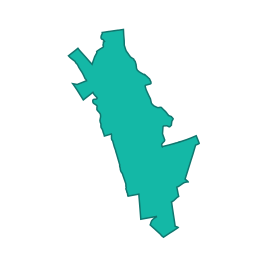 the district of Silistea, Constanta, Romania, rotated 109°
{"feature_id": "2599482B45895397072447", "entity_name": "Silistea", "entity_type": "district", "adm_level": 2, "iso_a3": "ROU", "parent_name": "Romania", "parent_adm1": "Constanta", "projection": "robinson", "projection_center": [28.219, 44.429], "detail": "fine", "context": "isolated", "style": "filled", "palette": "teal", "viewbox_px": 256, "rotation_deg": 109, "n_neighbors": 0, "source": "geoboundaries", "source_scale": "gbopen_adm2", "svg_char_len": 5321}
<svg xmlns="http://www.w3.org/2000/svg" viewBox="0 0 256 256"><g transform="rotate(109 128 128)"><path d="M212.4,75.5L213.0,74.1L217.9,62.7L218.7,61.5L218.9,61.2L219.7,58.9L213.7,54.3L210.5,51.7L206.0,48.3L205.7,48.2L205.7,48.5L205.5,49.7L205.6,51.4L201.7,53.4L198.1,55.3L189.5,59.8L184.0,62.6L183.9,62.8L182.9,62.0L181.9,61.2L178.9,59.6L177.5,58.9L176.7,58.2L176.2,57.8L173.6,59.4L169.9,61.5L168.1,62.6L167.9,62.6L167.4,61.9L167.3,61.7L167.1,61.6L167.0,61.4L166.4,60.9L162.7,58.2L161.7,57.4L161.1,56.7L160.2,55.4L159.4,53.6L159.1,53.8L157.7,57.4L150.4,57.6L143.2,57.8L136.7,58.0L135.6,58.0L131.4,58.1L127.1,58.3L122.2,58.5L120.3,56.4L119.6,55.8L119.3,55.7L117.4,57.3L115.3,59.1L113.9,60.3L113.3,60.8L113.1,61.0L114.3,62.3L117.0,65.3L119.6,68.4L119.7,68.5L122.3,71.9L124.4,74.6L124.2,74.6L124.7,75.4L124.9,75.4L126.1,77.0L126.4,77.5L127.3,78.7L127.2,78.7L127.5,79.1L130.5,83.4L132.5,86.5L134.2,89.1L134.7,89.4L134.5,89.7L132.8,90.7L132.4,90.8L132.0,90.8L130.7,90.3L128.7,89.4L128.2,89.3L127.3,89.4L126.7,90.0L126.1,90.4L123.6,92.4L122.5,93.3L122.2,93.5L119.6,94.2L115.6,95.3L114.8,95.2L114.4,94.9L113.3,92.2L113.2,91.8L113.3,90.8L113.4,90.5L113.5,89.9L113.4,89.3L113.3,89.0L112.8,88.7L111.1,87.9L110.9,88.0L110.5,88.1L109.1,88.4L107.7,88.7L107.3,88.7L106.6,88.6L105.3,88.3L104.8,88.3L104.6,88.3L103.9,89.3L103.6,90.0L103.1,90.7L103.0,93.8L102.8,94.0L102.7,94.0L101.6,95.8L101.2,96.3L100.4,97.6L100.0,98.3L99.8,98.9L98.1,102.5L97.8,102.9L97.7,103.3L97.9,104.2L98.1,104.7L98.6,105.2L99.1,106.9L99.1,107.1L98.9,108.5L98.7,110.5L98.7,110.4L98.5,111.1L97.8,112.5L97.2,113.6L96.8,114.0L94.3,115.6L93.4,116.1L92.8,116.6L90.9,118.6L88.3,121.1L86.6,122.7L85.7,123.5L84.4,124.4L83.2,125.2L82.7,125.4L82.4,125.5L82.2,125.5L81.8,125.2L81.2,124.4L79.8,122.3L79.2,121.4L78.8,121.0L78.4,120.8L77.8,121.0L77.2,121.2L77.0,121.3L76.5,121.8L75.8,122.5L75.0,123.2L74.5,123.8L74.1,124.8L73.1,126.9L72.7,128.1L72.3,128.8L72.0,129.7L72.4,129.8L71.9,132.6L71.4,135.0L71.3,135.5L71.2,135.9L70.8,136.6L70.6,137.4L70.3,137.9L70.2,138.1L69.5,138.8L68.5,139.6L68.2,139.7L67.4,140.0L66.1,140.7L65.6,140.9L65.2,141.1L64.9,141.3L64.6,141.6L62.7,142.9L62.5,143.1L62.3,143.6L62.1,144.1L62.0,144.3L61.8,144.4L61.2,144.7L61.1,144.9L61.0,145.1L60.8,145.7L60.6,146.7L60.6,146.8L60.1,148.5L60.0,148.9L59.8,149.2L58.9,150.3L58.6,150.9L57.8,151.9L56.5,153.7L56.2,154.2L55.8,154.7L55.4,155.1L54.8,155.6L53.5,156.6L52.4,157.4L51.6,158.0L50.9,158.5L49.2,159.1L46.3,160.2L41.3,162.4L36.3,164.4L38.7,168.9L38.7,169.1L39.9,171.5L41.3,174.2L42.6,176.7L43.2,178.0L45.3,181.9L46.1,183.5L46.6,183.2L47.0,183.1L48.0,183.2L49.7,183.3L50.4,183.2L51.2,183.0L51.9,182.6L52.2,182.3L52.5,181.7L52.5,180.5L52.7,180.1L53.8,178.4L54.8,179.3L55.2,179.0L55.7,178.9L56.7,178.7L57.2,178.7L57.7,178.7L58.0,178.4L58.4,178.0L58.8,177.8L59.3,177.8L59.9,178.0L60.4,178.4L62.3,180.0L65.4,182.3L66.0,182.5L66.5,182.2L66.8,182.0L67.3,182.0L70.9,182.6L71.7,182.7L71.8,182.7L72.1,182.7L73.9,182.7L79.5,182.7L79.0,183.6L78.6,184.4L76.7,187.8L75.3,190.2L74.3,192.0L72.2,195.8L70.2,199.4L68.9,201.3L72.3,203.4L77.2,206.6L77.6,206.8L78.5,207.4L79.1,207.8L80.0,206.1L80.7,204.4L81.3,202.7L81.8,201.2L82.0,200.4L82.4,199.6L83.1,198.9L83.5,198.4L83.8,197.8L84.2,196.9L84.9,196.0L86.8,194.1L89.1,191.2L90.0,190.0L90.6,189.3L91.6,188.2L93.3,186.5L94.6,185.3L95.1,184.8L95.4,184.5L95.6,183.9L95.9,183.3L96.4,182.9L96.8,182.6L96.9,182.8L98.0,184.0L102.6,189.3L103.2,190.0L103.4,190.3L104.1,194.7L105.2,193.1L108.5,188.7L113.5,182.5L116.0,179.4L112.4,177.1L105.7,172.8L106.1,172.4L106.6,171.9L107.1,171.3L107.7,170.3L108.5,168.9L108.9,168.0L109.4,167.3L109.5,167.2L109.7,166.9L110.0,166.9L110.4,167.0L110.8,167.2L111.0,167.5L111.3,167.8L111.5,168.5L111.8,169.2L112.0,169.6L112.3,169.9L112.7,170.2L113.1,170.2L113.7,170.2L114.0,170.1L114.7,169.7L115.3,169.4L115.8,168.7L116.1,167.7L116.6,165.8L116.8,165.0L117.1,164.6L117.5,164.3L118.9,164.0L120.1,163.6L120.7,163.4L121.0,163.1L121.2,162.7L121.3,162.7L121.8,161.9L122.3,160.8L122.8,160.2L123.2,159.4L123.5,159.0L124.1,158.5L124.9,158.1L126.1,157.6L127.3,157.4L128.1,157.3L129.4,157.1L130.2,156.9L130.5,156.7L131.3,156.3L132.2,155.6L132.8,155.1L133.1,154.9L133.9,154.6L134.9,154.3L135.5,154.0L136.0,153.8L136.5,153.4L136.9,152.8L137.4,152.2L138.0,151.6L138.9,150.9L140.1,150.1L141.1,149.3L141.8,148.7L143.3,147.7L139.5,142.4L139.1,141.9L139.4,141.6L140.8,141.0L141.1,140.9L141.7,140.8L142.3,140.5L143.3,140.2L143.8,139.9L144.4,139.4L144.6,139.3L144.9,138.5L150.3,134.8L153.0,132.6L153.5,132.3L154.6,131.6L156.2,130.4L160.6,127.3L165.7,123.7L166.0,123.7L166.5,123.6L167.7,122.9L168.1,122.4L168.5,122.3L169.4,121.9L169.9,121.6L170.8,121.0L171.2,120.7L171.9,119.9L172.4,119.4L172.6,118.7L174.0,117.7L174.9,117.0L176.4,115.8L179.1,113.7L180.9,112.3L181.7,111.8L182.6,111.4L183.3,111.2L183.8,111.0L184.7,110.4L184.8,110.3L185.7,110.3L186.2,110.2L186.5,110.0L187.3,109.3L188.0,108.8L188.2,108.6L189.0,108.2L189.5,107.7L189.8,107.4L190.1,107.1L191.0,106.7L191.6,106.4L191.5,106.1L191.7,105.9L192.2,105.8L192.4,105.7L190.2,101.9L187.0,96.2L189.4,95.2L193.5,93.4L201.5,89.9L210.1,86.2L205.8,78.5L203.6,74.5L202.4,72.4L202.6,72.3L202.8,72.2L202.9,72.4L203.3,72.7L203.9,73.1L204.6,73.6L205.7,74.3L206.3,74.7L206.7,74.9L207.3,75.1L208.0,75.4L209.3,75.5L210.3,75.5L210.8,75.5L211.5,75.4L211.9,75.4L212.4,75.5Z" fill="#14b8a6" stroke="#0f766e" stroke-width="1.5"/></g></svg>